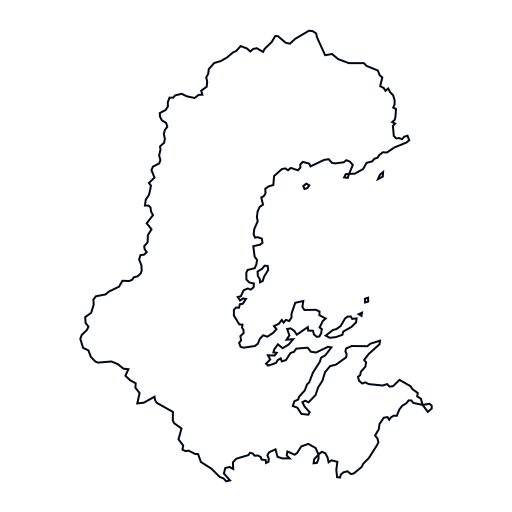 Paraty, Rio de Janeiro, Brazil
{"feature_id": "56859067B52906946638112", "entity_name": "Paraty", "entity_type": "district", "adm_level": 2, "iso_a3": "BRA", "parent_name": "Brazil", "parent_adm1": "Rio de Janeiro", "projection": "mercator", "projection_center": [-44.67, -23.142], "detail": "fine", "context": "isolated", "style": "outline", "palette": "ink", "viewbox_px": 512, "rotation_deg": 0, "n_neighbors": 0, "source": "geoboundaries", "source_scale": "gbopen_adm2", "svg_char_len": 6069}
<svg xmlns="http://www.w3.org/2000/svg" viewBox="0 0 512 512"><path d="M309.0,30.7L295.1,38.9L289.9,43.7L285.6,42.7L278.0,36.2L275.3,36.0L271.7,42.0L264.5,49.0L263.1,51.9L256.7,48.2L253.1,49.0L250.3,51.5L247.0,48.5L240.6,46.1L236.3,50.9L232.9,52.5L227.0,57.5L220.7,61.1L214.2,63.0L208.8,69.1L208.2,73.8L206.2,77.5L207.2,81.5L206.7,86.7L201.2,90.7L202.4,94.7L198.6,94.9L194.6,98.0L186.8,96.3L181.6,93.8L175.2,95.4L173.1,97.7L169.5,97.7L167.8,102.2L167.9,106.5L165.7,109.9L159.8,113.1L160.0,116.7L161.9,120.4L166.1,122.9L167.3,126.7L164.8,130.2L163.8,134.0L164.9,138.9L164.1,142.8L160.0,146.4L160.5,149.6L159.1,155.5L160.4,160.1L159.2,163.4L152.9,166.7L151.5,170.2L154.5,177.6L148.9,183.0L150.9,185.5L150.3,189.2L149.0,194.8L145.8,199.6L144.9,205.6L148.5,205.6L150.5,207.5L151.1,211.7L153.0,215.1L146.7,223.3L151.5,229.3L147.9,235.1L147.6,242.3L144.2,246.2L144.6,249.1L146.7,252.2L144.0,254.7L140.5,255.1L139.1,259.4L141.4,265.2L141.7,270.6L140.8,273.3L137.7,276.3L133.8,277.3L132.1,279.8L129.2,281.0L122.4,280.8L119.0,286.7L108.7,291.7L105.6,294.4L95.9,296.3L93.4,299.6L93.7,304.6L91.2,312.8L85.2,317.1L85.6,323.0L88.5,326.7L86.8,330.1L81.7,335.0L80.3,338.8L83.1,347.9L88.4,350.4L90.8,356.8L95.3,361.5L98.0,362.6L111.4,361.5L117.8,364.1L123.5,368.7L128.4,369.2L125.4,375.8L130.1,380.2L135.7,383.3L135.4,387.7L139.6,393.1L137.3,403.4L143.8,402.7L154.5,396.7L155.1,400.2L156.7,402.8L172.9,411.9L172.8,420.3L174.1,423.2L181.5,428.5L178.5,439.3L183.2,445.5L182.5,449.7L185.5,451.1L188.8,450.7L195.2,454.0L198.1,454.1L200.9,462.0L211.2,468.5L219.8,477.0L223.5,478.4L226.2,481.3L230.0,480.4L223.9,473.5L225.3,468.0L229.6,467.0L233.2,469.0L232.9,462.3L236.3,458.7L248.4,455.1L250.0,452.8L252.6,453.4L254.6,455.7L257.8,455.5L260.7,457.0L261.6,459.6L265.6,460.0L266.1,463.0L268.5,461.8L268.8,458.7L267.4,455.4L269.1,452.3L275.5,449.3L277.5,456.8L282.3,458.4L289.6,458.4L286.7,455.5L287.4,451.5L294.7,454.7L297.1,453.0L301.3,446.4L308.3,443.9L315.6,448.0L318.5,454.6L321.8,451.8L325.4,453.3L327.6,457.6L328.6,462.3L331.4,460.3L337.4,461.8L336.3,469.7L337.1,477.2L340.1,477.5L340.8,474.6L343.5,472.3L347.4,471.3L351.0,474.1L353.7,473.5L361.6,467.0L363.2,463.8L368.8,458.1L376.8,445.5L378.4,442.5L377.5,438.6L375.1,435.5L378.8,429.2L379.5,424.0L383.8,417.7L387.5,417.1L389.2,419.8L390.9,417.4L393.7,415.7L396.8,415.8L399.3,409.6L402.1,405.9L406.4,403.2L408.6,400.4L411.5,400.5L413.2,402.9L422.6,404.9L420.9,398.7L417.2,396.4L417.8,393.0L412.6,389.3L410.4,386.1L399.5,379.9L393.0,386.2L389.5,386.6L387.1,384.1L382.7,385.5L368.8,384.1L365.2,382.4L362.2,383.5L359.0,380.7L358.0,376.8L360.2,375.1L360.8,371.9L365.4,366.6L366.1,362.4L364.1,360.0L368.8,353.9L379.5,344.3L380.0,340.7L370.3,343.7L367.4,346.2L351.7,346.0L346.1,348.5L345.4,351.2L346.7,354.2L346.1,357.4L336.0,364.6L330.1,366.1L325.0,372.3L322.4,380.8L318.2,387.3L315.5,395.1L308.6,402.3L305.1,400.7L302.4,402.2L304.6,406.6L309.7,412.3L308.4,414.7L301.4,413.9L297.4,407.7L292.8,406.0L294.4,401.3L298.2,399.5L299.1,396.7L304.8,390.4L307.0,384.4L309.3,382.2L312.9,372.7L319.9,361.7L321.0,357.8L325.3,355.3L331.4,347.4L328.0,346.8L316.1,352.5L310.8,351.7L307.7,347.7L296.3,348.6L293.9,351.9L290.6,352.9L285.9,360.1L281.8,361.4L280.7,358.4L277.7,360.1L276.1,362.8L272.6,364.2L268.1,365.6L266.1,363.7L270.2,359.5L267.9,355.3L274.7,355.5L276.7,352.8L273.4,352.4L274.3,349.3L277.9,344.3L282.6,348.2L288.6,344.6L293.2,339.2L286.5,339.7L289.4,335.4L287.2,329.0L290.7,328.4L294.4,331.0L296.8,334.7L307.8,327.1L308.2,330.6L313.0,330.7L313.9,334.4L316.7,336.8L319.4,336.5L321.2,333.1L321.8,329.1L319.6,327.5L322.8,321.0L325.7,318.5L319.4,315.2L319.5,311.5L315.9,309.8L304.4,310.0L302.4,306.9L303.3,301.0L295.2,302.8L291.5,313.8L291.5,317.5L289.3,321.0L285.9,319.9L283.6,322.6L281.8,319.9L278.8,323.8L274.0,326.1L276.5,329.2L273.0,333.0L267.3,336.7L263.2,335.3L259.9,338.7L257.9,343.7L254.9,346.0L243.7,347.7L240.6,346.8L239.1,342.9L241.1,340.4L240.4,336.1L243.6,333.1L243.5,330.1L242.0,327.5L242.5,324.7L239.3,324.4L233.9,315.5L233.9,309.8L236.1,307.5L238.9,307.8L239.9,304.2L242.7,303.8L246.0,298.9L242.9,298.5L240.0,300.5L237.8,297.0L240.8,296.3L243.7,290.2L247.8,288.5L250.7,289.6L253.6,287.3L253.9,283.5L249.4,282.5L246.4,279.5L246.3,272.7L247.6,270.0L254.7,268.2L256.3,264.6L257.1,260.0L254.6,256.6L253.3,246.2L260.3,244.6L262.5,242.7L261.8,238.6L257.7,237.2L255.0,237.6L253.6,234.2L254.3,229.0L257.7,221.2L256.9,217.2L257.6,211.5L259.7,206.8L263.0,204.7L261.3,197.4L263.7,196.3L265.5,193.4L265.3,188.7L268.6,186.4L273.3,185.0L274.1,176.0L281.9,169.1L285.3,168.4L288.0,170.3L290.8,167.9L297.9,170.3L300.4,167.6L300.3,164.4L302.8,161.9L309.2,163.6L310.5,166.4L324.1,159.9L328.7,159.2L331.9,162.8L335.2,163.4L343.7,162.3L346.4,160.2L350.0,161.7L352.8,165.0L349.1,173.9L354.7,173.7L363.2,169.0L366.6,162.8L372.2,161.4L374.3,158.8L377.5,157.7L379.2,155.1L382.8,152.3L386.9,152.5L394.5,147.4L406.5,142.5L409.2,140.3L407.5,135.7L404.2,136.7L402.1,139.2L399.2,138.1L396.2,138.4L393.8,136.0L392.9,125.9L395.1,123.6L392.2,122.1L394.8,119.7L395.5,116.3L396.0,109.0L393.2,107.6L394.6,104.4L394.6,100.1L393.1,95.2L390.1,92.2L388.2,88.5L385.5,90.8L383.7,88.0L380.2,86.2L382.3,77.5L379.7,75.2L377.8,70.5L366.5,65.9L363.9,63.1L348.8,63.1L338.3,59.2L332.0,54.0L325.1,55.2L316.9,37.1L316.2,33.5L312.9,31.2L309.0,30.7ZM350.8,316.5L347.7,316.6L345.1,318.4L340.6,326.1L336.5,329.0L332.8,330.1L325.7,335.6L329.7,337.8L335.9,337.1L342.4,334.8L343.2,331.6L351.5,326.9L356.0,322.4L356.6,318.4L352.2,318.9L350.8,316.5ZM262.7,281.0L264.1,276.6L268.2,270.0L267.6,265.9L264.6,265.7L262.1,268.8L257.6,271.5L257.8,275.8L259.8,279.2L260.0,282.3L262.7,281.0ZM422.6,404.9L427.8,411.9L431.7,408.5L431.7,405.7L429.6,403.8L422.6,404.9ZM318.5,454.6L314.2,459.2L313.6,463.3L316.9,462.9L318.5,459.0L318.5,454.6ZM307.4,188.1L309.3,185.4L306.3,183.6L303.3,186.1L304.5,189.0L307.4,188.1ZM382.8,176.6L383.1,172.1L379.9,174.8L378.0,179.1L382.8,176.6ZM349.1,173.9L345.7,174.2L344.1,177.4L347.7,177.9L349.1,173.9ZM368.2,301.6L368.1,297.7L364.9,298.8L365.1,302.5L368.2,301.6ZM362.0,312.7L358.7,314.2L361.5,315.9L362.0,312.7Z" fill="none" stroke="#020617" stroke-width="2"/></svg>